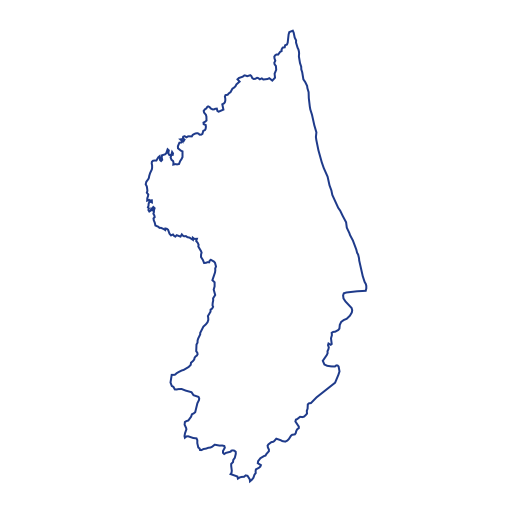 Wanderley, Bahia, Brazil (Natural Earth projection)
{"feature_id": "56859067B16383001384874", "entity_name": "Wanderley", "entity_type": "district", "adm_level": 2, "iso_a3": "BRA", "parent_name": "Brazil", "parent_adm1": "Bahia", "projection": "natural_earth1", "projection_center": [-43.953, -11.797], "detail": "fine", "context": "isolated", "style": "outline", "palette": "blue", "viewbox_px": 512, "rotation_deg": 0, "n_neighbors": 0, "source": "geoboundaries", "source_scale": "gbopen_adm2", "svg_char_len": 6057}
<svg xmlns="http://www.w3.org/2000/svg" viewBox="0 0 512 512"><path d="M292.8,30.7L289.3,32.1L288.6,34.5L287.7,42.6L287.0,44.5L285.1,45.3L284.7,47.3L282.7,47.6L281.6,49.4L281.6,51.1L280.2,51.8L278.1,54.6L276.4,54.5L275.1,55.4L274.3,56.7L274.5,58.4L275.3,60.7L274.3,62.8L274.6,64.3L275.9,66.0L276.2,69.8L274.6,73.7L275.0,77.7L272.3,80.6L269.3,78.2L267.6,79.0L263.3,79.5L261.8,78.4L259.8,79.3L258.4,78.2L257.1,77.8L255.3,78.8L253.7,79.0L252.3,78.1L251.3,76.0L250.3,75.2L247.2,76.2L245.7,75.6L244.4,75.4L242.7,76.7L238.9,78.0L237.5,79.3L239.6,81.6L236.4,84.4L235.5,86.2L234.2,87.5L232.4,88.7L230.5,92.2L228.9,93.3L227.6,94.8L225.5,95.1L224.9,96.6L225.3,98.7L225.3,100.6L224.9,102.2L224.1,103.3L222.3,104.3L223.4,109.6L218.6,111.7L217.4,110.9L216.8,108.6L215.2,108.8L214.0,109.4L212.6,109.4L210.8,108.5L209.5,107.0L208.1,106.4L207.0,107.2L206.3,108.5L205.0,109.2L203.7,110.9L204.1,112.6L205.9,114.8L206.4,116.6L206.5,120.5L205.3,121.6L203.5,122.6L203.7,124.2L205.7,125.0L205.9,126.9L205.6,128.9L204.9,130.1L203.3,130.8L202.4,133.9L201.1,134.7L199.6,134.7L198.5,133.6L197.2,133.2L195.4,133.5L193.9,134.2L192.7,134.9L191.8,136.4L188.2,136.3L186.5,137.3L184.6,136.2L183.2,136.7L182.9,138.4L184.5,139.6L183.6,141.1L182.1,140.9L181.4,142.5L179.4,142.7L177.9,146.2L178.0,148.3L180.8,150.6L182.5,151.4L182.5,157.1L181.4,159.3L180.2,161.0L179.0,164.0L177.1,164.4L175.4,164.1L173.3,164.6L173.5,162.6L173.1,161.1L171.5,159.8L170.6,157.5L171.4,154.8L169.4,155.1L168.3,153.3L168.8,150.4L167.6,149.3L166.3,153.1L165.2,154.3L162.0,155.3L161.7,157.5L162.2,159.8L161.1,161.0L160.1,160.1L159.6,156.2L158.3,157.3L156.4,160.5L154.5,160.5L152.9,160.8L151.9,161.8L151.7,163.4L152.1,165.4L152.1,167.9L151.8,169.5L150.1,173.1L149.2,176.0L148.9,177.8L148.3,179.1L146.3,181.8L145.7,184.3L146.8,186.4L147.2,189.0L147.4,190.9L146.8,192.7L148.3,194.5L148.0,196.2L147.3,198.2L147.2,200.6L149.0,199.8L150.1,200.5L151.8,200.3L151.9,202.4L150.7,201.9L149.3,201.9L148.6,203.9L148.5,205.9L147.9,207.3L148.9,208.4L148.4,210.0L149.3,211.5L150.8,210.5L151.2,209.0L152.5,210.4L154.0,210.0L153.9,212.1L153.4,213.7L154.3,215.4L154.7,217.1L153.5,218.4L153.8,220.4L154.7,222.5L155.4,225.5L158.4,226.8L159.5,227.9L161.1,227.9L163.8,229.1L165.2,230.0L165.4,228.5L166.8,228.8L168.1,229.8L169.5,233.7L171.0,235.4L173.0,234.5L174.0,235.8L175.3,236.6L176.7,235.2L180.5,236.6L181.8,234.4L182.8,235.6L184.1,236.3L185.9,236.1L187.4,237.2L189.5,237.6L192.9,239.8L192.9,237.8L194.3,238.9L196.9,238.8L196.2,241.0L197.7,242.8L198.6,244.8L198.3,246.5L201.0,251.1L201.6,252.7L201.1,254.2L201.0,257.0L202.9,260.0L204.1,263.0L206.0,262.8L207.5,262.2L209.2,262.3L209.7,260.7L210.8,259.8L214.0,261.6L215.0,262.8L216.0,266.5L215.2,268.5L215.3,270.4L215.0,272.5L212.4,280.2L214.6,282.3L214.6,286.4L213.7,289.6L215.2,295.0L213.1,298.3L213.2,300.4L212.7,302.9L212.5,305.3L213.1,306.8L212.1,308.6L210.6,309.6L210.5,311.7L207.9,316.1L208.2,317.6L208.3,319.9L207.5,322.3L205.9,324.3L203.4,326.6L200.2,332.9L200.2,334.4L198.2,338.5L197.6,340.4L197.5,342.7L196.5,344.5L196.4,346.8L196.2,351.2L197.3,352.7L197.6,354.2L196.9,355.5L195.4,356.6L194.5,358.0L194.2,359.5L192.9,361.1L191.0,362.7L190.7,364.9L188.6,367.0L183.7,369.9L181.7,370.5L178.7,372.0L176.5,373.3L175.3,374.5L174.0,374.9L171.7,374.9L170.5,382.5L171.8,386.0L173.4,386.8L174.8,389.4L176.5,389.5L178.4,389.1L181.6,389.0L185.7,390.6L191.5,392.2L193.5,395.2L198.5,396.9L199.2,398.4L199.0,400.0L197.4,403.2L195.2,412.2L193.7,413.4L191.9,414.3L191.1,416.7L188.3,420.5L186.4,421.1L184.9,422.0L184.6,424.7L186.1,427.9L186.4,429.3L185.0,433.3L184.5,436.1L184.9,437.7L186.5,436.4L188.2,436.3L193.2,438.0L196.5,438.4L197.3,440.2L197.3,443.2L198.3,447.5L199.6,448.5L200.0,450.0L201.4,450.1L203.6,449.0L206.1,448.6L208.2,447.8L210.5,447.5L212.2,446.7L214.7,444.7L219.6,445.6L222.2,445.5L224.3,446.0L224.8,447.7L223.0,451.0L223.0,452.8L224.2,454.0L225.9,452.9L230.6,451.7L231.4,450.6L232.9,450.4L234.4,450.7L235.7,451.8L235.8,453.8L234.8,457.8L233.3,459.9L233.0,462.1L231.2,463.9L231.2,466.0L231.8,470.8L231.5,472.8L230.6,474.1L237.4,476.5L237.9,478.6L239.8,477.4L241.8,476.9L244.0,476.8L245.7,475.4L247.5,475.8L249.8,479.4L250.0,481.3L251.9,479.7L253.4,477.8L254.5,474.6L255.7,473.1L255.6,471.2L255.9,469.4L258.9,467.8L260.3,466.6L260.9,465.1L257.8,463.2L258.1,461.2L260.4,458.2L264.1,456.0L265.5,455.6L266.4,454.0L268.9,451.2L268.9,449.5L267.9,447.5L267.6,445.6L268.4,444.4L271.4,442.1L272.9,441.9L274.1,441.2L276.3,438.7L280.7,440.2L282.3,441.1L285.3,441.6L287.3,440.6L288.9,439.0L291.0,435.7L292.1,434.8L294.8,434.4L295.7,433.2L296.2,431.2L297.1,429.4L298.8,428.1L298.8,426.6L295.4,421.5L295.9,419.6L297.2,419.1L300.1,416.8L302.5,417.1L304.1,416.6L305.7,415.1L307.0,413.6L306.8,410.9L307.6,408.6L307.8,404.4L309.0,403.3L310.9,403.1L316.6,397.3L335.1,382.7L338.4,374.8L339.5,371.4L338.6,366.5L337.6,365.5L336.3,365.4L334.9,366.5L331.2,366.4L327.2,365.8L324.4,364.5L322.8,360.8L326.8,355.0L327.6,353.2L327.5,351.2L328.4,349.3L328.8,347.4L328.0,345.1L328.5,343.5L330.7,344.8L331.7,344.0L331.0,338.3L331.9,335.2L331.7,332.8L333.2,331.9L335.2,331.7L338.3,330.0L339.4,328.6L339.8,324.8L341.2,321.9L343.8,320.0L346.7,318.8L349.9,315.7L351.8,312.5L352.2,310.2L351.6,308.0L345.5,301.5L343.5,298.5L343.1,295.4L343.8,293.3L346.4,292.5L356.9,291.3L365.7,290.8L366.3,288.4L366.3,285.9L365.8,284.0L364.6,281.9L362.7,276.0L359.2,260.5L359.0,258.2L358.1,254.5L357.1,252.8L356.3,249.6L352.9,240.5L350.0,235.0L349.4,233.2L346.8,227.7L346.1,222.3L342.6,215.7L340.2,210.7L338.2,207.8L332.3,194.9L331.4,190.5L329.5,185.3L327.6,176.7L323.7,167.9L321.7,162.1L318.4,150.2L316.3,139.9L315.9,137.0L316.4,132.4L314.3,125.2L312.0,114.8L310.3,109.4L309.8,106.5L308.8,98.1L308.6,92.2L307.4,88.1L307.1,85.9L305.2,82.0L303.4,79.4L302.2,72.2L301.3,69.4L301.2,66.7L300.0,63.1L298.9,56.5L299.1,53.3L298.9,51.4L298.4,49.4L297.6,47.8L296.0,42.5L296.1,40.4L294.7,37.6L293.7,32.8L292.8,30.7ZM154.0,210.0L152.4,208.1L153.3,207.0L154.6,208.2L154.0,210.0ZM171.4,154.8L172.7,154.9L173.0,153.4L172.1,152.0L171.4,154.8ZM182.1,140.9L181.7,139.2L180.4,139.4L182.1,140.9Z" fill="none" stroke="#1e3a8a" stroke-width="2"/></svg>